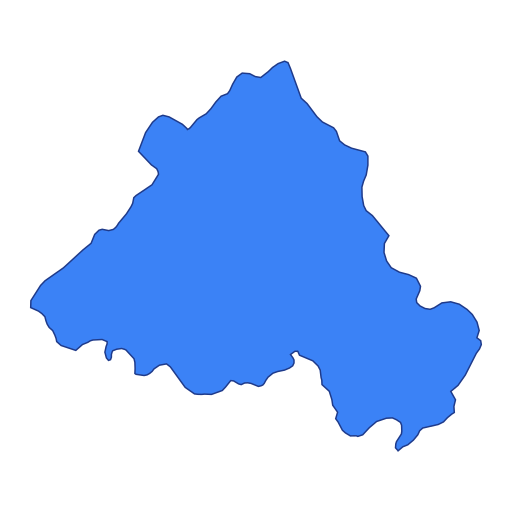 SVG path tracing the border of Portalegre
{"feature_id": "PRT-747", "entity_name": "Portalegre", "entity_type": "District", "adm_level": 1, "iso_a3": "PRT", "parent_name": "Portugal", "parent_adm1": "", "projection": "orthographic", "projection_center": [-7.639, 39.223], "detail": "fine", "context": "isolated", "style": "filled", "palette": "blue", "viewbox_px": 512, "rotation_deg": 0, "n_neighbors": 0, "source": "natural_earth", "source_scale": "10m", "svg_char_len": 2922}
<svg xmlns="http://www.w3.org/2000/svg" viewBox="0 0 512 512"><path d="M438.2,424.5L422.8,428.0L419.7,430.7L417.8,434.8L413.4,440.1L407.8,444.8L402.8,446.8L398.1,450.8L398.0,450.6L395.5,447.8L395.8,443.9L396.5,441.6L401.4,434.0L401.8,431.2L401.6,425.3L400.5,422.4L396.4,419.7L392.4,417.9L386.4,418.2L376.6,421.5L369.4,427.6L362.7,434.8L357.8,436.4L356.3,435.8L350.4,435.9L345.4,432.9L342.4,430.2L338.1,422.0L335.7,418.7L337.6,412.2L332.7,405.2L331.9,399.7L329.3,391.3L322.0,384.6L321.8,380.1L321.1,377.6L320.2,370.1L318.1,366.0L312.8,360.8L299.5,355.2L297.8,351.3L297.5,351.2L296.6,351.3L294.9,351.3L290.5,354.5L292.9,357.8L294.0,360.0L294.0,363.0L292.7,365.8L289.5,368.0L284.5,370.1L277.7,371.5L272.9,373.2L268.0,377.2L265.8,380.4L264.2,383.4L262.8,385.0L261.0,385.8L258.4,386.4L251.0,383.4L247.7,382.8L244.6,383.0L241.2,384.6L238.6,383.9L233.6,380.9L230.7,380.6L225.5,387.1L222.3,390.5L211.5,394.4L204.5,394.1L201.7,394.4L198.0,394.3L194.5,393.9L185.2,387.4L170.3,366.8L166.5,363.9L159.4,365.2L154.0,368.9L152.1,371.4L149.7,373.4L147.0,374.9L144.1,375.5L136.0,374.3L134.9,373.5L135.1,368.6L134.9,362.4L134.0,358.7L126.8,350.9L126.4,350.3L124.8,349.4L121.7,348.5L116.7,349.2L112.8,350.7L112.6,351.0L112.4,351.3L112.0,352.3L111.4,354.5L111.4,357.2L110.5,359.7L108.5,360.4L106.4,357.9L104.9,352.2L106.1,346.5L107.1,343.9L107.1,341.6L102.1,339.5L92.9,340.0L90.3,340.8L87.9,342.3L82.5,344.5L75.8,350.4L61.1,345.5L56.7,341.6L56.1,338.5L54.9,335.2L52.7,330.6L49.2,327.5L47.2,324.2L46.0,320.9L44.9,316.7L41.9,313.6L38.5,311.1L30.7,307.6L30.9,300.6L40.6,285.4L45.1,280.7L63.5,267.8L83.2,249.7L91.1,243.3L94.7,234.4L99.0,230.2L102.2,229.3L108.7,230.6L113.4,229.4L115.8,227.3L117.3,225.4L118.6,223.2L126.4,213.9L131.1,206.6L132.7,203.3L133.8,197.7L136.1,195.5L152.0,184.8L158.5,174.3L158.1,171.7L156.7,168.7L151.4,164.9L138.5,151.3L145.6,132.6L152.5,122.3L158.5,116.9L162.9,115.3L169.1,116.9L182.4,124.3L187.0,128.6L187.4,129.5L189.2,128.6L190.6,127.3L197.0,119.6L199.2,117.9L206.2,113.8L211.0,108.6L215.8,102.0L221.1,96.2L227.5,93.7L229.7,90.7L232.7,84.1L236.8,77.0L242.2,73.1L249.7,73.7L255.3,76.6L260.8,77.5L268.2,71.7L272.5,67.5L278.1,63.6L284.6,61.2L287.9,62.6L288.0,62.6L290.5,68.6L301.2,98.2L307.1,103.6L316.9,116.7L322.4,122.0L333.6,127.8L336.4,131.4L339.6,140.8L344.6,144.9L351.6,148.2L365.4,151.9L367.9,156.1L367.9,165.2L366.2,175.0L363.6,181.1L361.9,187.1L362.1,196.6L363.7,205.6L366.2,210.7L372.4,215.6L388.9,235.7L384.4,243.5L384.0,252.5L386.6,261.0L391.2,267.7L399.4,272.2L408.6,274.6L416.4,278.2L420.5,286.3L419.8,290.7L416.2,299.0L416.7,302.6L420.1,306.0L425.0,308.5L430.1,309.3L434.1,307.8L441.9,302.9L450.7,301.8L459.3,304.2L467.0,309.4L472.3,314.5L477.0,322.1L479.2,330.5L476.9,337.8L480.7,340.7L481.3,344.6L479.5,348.9L476.3,353.3L465.3,375.0L458.0,385.4L450.8,391.4L455.5,399.8L453.9,406.4L454.3,412.5L451.6,414.2L447.5,417.6L443.5,421.9L438.2,424.5Z" fill="#3b82f6" stroke="#1e3a8a" stroke-width="1.5"/></svg>